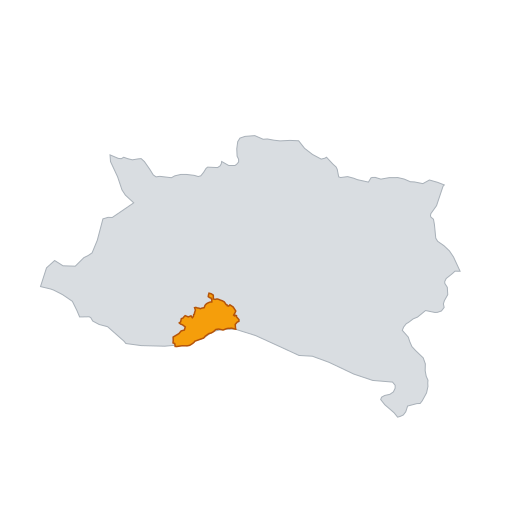 where Ruse sits in Bulgaria, rotated 194°
{"feature_id": "BGR-2262", "entity_name": "Ruse", "entity_type": "Province", "adm_level": 1, "iso_a3": "BGR", "parent_name": "Bulgaria", "parent_adm1": "", "projection": "natural_earth1", "projection_center": [25.944, 43.687], "detail": "fine", "context": "in_parent", "style": "filled", "palette": "amber", "viewbox_px": 512, "rotation_deg": 194, "n_neighbors": 0, "source": "natural_earth", "source_scale": "10m", "svg_char_len": 3566}
<svg xmlns="http://www.w3.org/2000/svg" viewBox="0 0 512 512"><g transform="rotate(194 256 256)"><path d="M422.1,318.8L413.3,317.4L410.2,317.8L408.3,319.8L404.2,319.4L399.2,319.4L393.9,321.7L391.0,322.7L387.1,320.6L379.8,314.2L375.3,309.8L372.1,308.6L368.7,310.0L357.0,311.5L354.2,314.1L348.8,316.9L343.3,318.3L335.4,319.3L331.3,319.1L328.9,320.5L327.0,324.7L325.7,328.8L324.5,330.5L314.7,332.5L312.6,334.8L312.0,337.1L312.2,339.4L304.3,337.2L298.3,338.7L296.9,340.4L295.6,343.0L296.3,345.7L298.5,348.3L300.6,355.4L301.4,362.5L300.1,366.5L295.6,369.4L286.3,372.5L277.3,371.0L273.3,372.3L266.7,372.7L260.5,373.5L251.0,376.4L242.5,378.1L234.9,372.2L225.8,368.2L216.2,365.8L212.9,367.5L211.5,368.9L203.5,363.7L199.9,361.8L198.2,359.8L194.9,352.8L192.9,352.6L186.3,355.2L180.0,355.1L176.2,354.6L164.8,354.9L163.3,359.7L161.9,360.4L159.4,361.1L153.4,360.8L145.6,364.3L137.3,366.4L130.9,366.5L124.2,365.4L120.2,366.2L111.6,366.6L106.1,371.7L97.6,371.4L90.5,370.5L91.4,368.9L93.0,348.5L96.6,339.4L96.5,337.5L95.8,336.1L92.7,334.6L90.5,329.7L85.9,316.8L83.3,314.2L76.0,311.4L69.5,307.7L64.1,302.8L54.3,290.6L59.3,289.4L60.9,286.9L66.0,280.2L66.7,276.9L66.2,275.1L62.8,271.9L60.6,264.9L62.4,258.3L62.6,254.9L61.0,251.6L62.8,247.5L66.4,245.2L68.7,244.5L78.3,244.1L84.5,235.8L88.2,233.1L92.0,228.4L93.8,226.7L95.5,223.0L96.1,219.3L88.6,214.1L86.1,210.1L82.8,205.8L78.2,202.8L69.1,197.6L65.6,192.3L64.1,185.6L61.7,180.4L59.1,177.1L58.6,174.3L57.6,171.0L57.4,164.4L59.7,155.7L61.1,152.6L64.2,151.7L72.6,147.1L73.0,141.1L74.6,137.4L77.2,135.3L79.6,133.9L84.1,137.3L95.0,142.8L100.3,146.9L100.0,149.4L97.4,151.8L92.6,154.2L89.8,157.4L89.0,161.4L89.7,164.2L93.0,166.7L112.7,163.5L132.6,165.1L159.4,170.5L177.1,172.4L190.2,169.9L214.5,174.5L237.1,178.7L258.9,180.0L271.1,176.6L279.6,172.2L287.0,163.7L305.1,152.6L322.7,146.4L345.7,141.3L361.1,139.6L363.3,141.3L382.9,151.5L391.6,151.6L398.7,153.4L401.3,156.1L403.1,156.7L412.4,154.2L416.6,159.8L423.2,167.6L434.3,171.7L444.2,174.0L447.3,174.3L457.7,174.2L456.4,193.8L450.3,202.9L440.9,199.8L428.9,202.4L422.6,212.8L419.0,215.8L415.8,219.4L413.8,232.9L413.5,255.0L408.9,257.7L404.8,258.6L387.5,278.0L397.5,283.5L402.0,287.7L409.4,299.3L420.0,312.4L422.1,318.8Z" fill="#d9dde1" stroke="#a8b0b8" stroke-width="1"/><path d="M261.2,180.1L262.7,180.0L263.9,179.4L265.1,179.2L266.6,178.6L267.9,177.8L269.0,176.9L270.1,176.2L274.1,176.1L274.5,176.1L277.2,175.0L278.7,172.7L278.8,172.4L280.9,170.4L282.9,169.4L285.9,165.9L286.4,164.7L287.0,163.7L294.8,158.5L295.2,157.3L296.4,155.7L298.7,153.3L301.0,152.2L306.1,151.0L311.2,148.9L312.6,148.7L312.8,149.5L313.7,151.4L315.5,151.6L315.9,154.1L316.8,157.3L312.0,162.1L310.5,165.2L307.6,166.8L307.5,170.1L310.8,171.5L312.7,171.7L314.3,172.5L313.2,173.9L313.3,177.2L312.0,177.9L311.1,179.7L310.3,181.0L307.0,180.5L304.6,182.2L303.7,181.4L302.9,180.7L302.1,182.2L302.3,184.1L302.0,184.5L301.7,184.8L301.8,185.4L301.9,186.0L301.7,188.8L303.1,191.0L301.9,191.6L300.2,191.4L298.8,191.6L297.3,191.4L295.8,192.4L293.8,193.3L293.5,195.9L292.5,197.7L291.0,199.1L289.4,200.2L287.8,200.7L288.2,202.5L289.3,204.2L291.0,204.4L292.5,205.0L292.7,206.8L292.6,208.6L290.2,208.5L288.0,207.7L287.4,205.8L287.1,204.0L285.2,204.0L283.4,204.9L281.7,204.9L280.1,204.6L277.8,204.4L275.7,203.8L274.4,202.7L273.4,201.7L272.4,201.7L271.9,200.8L270.4,200.8L269.5,202.3L265.8,201.0L262.3,197.7L262.7,195.5L263.4,193.2L262.4,192.7L261.5,193.6L260.5,193.4L260.4,192.4L257.1,190.1L256.8,188.4L258.2,187.4L259.6,184.6L258.4,181.0L257.9,180.1L258.3,180.0L261.2,180.1Z" fill="#f59e0b" stroke="#b45309" stroke-width="1.5"/></g></svg>